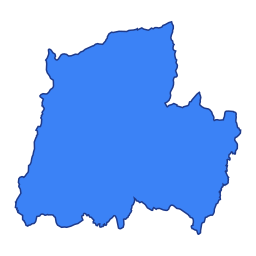 outline of Ankazoabo, Atsimo-Andrefana, Madagascar
{"feature_id": "10022922B67140219559440", "entity_name": "Ankazoabo", "entity_type": "district", "adm_level": 2, "iso_a3": "MDG", "parent_name": "Madagascar", "parent_adm1": "Atsimo-Andrefana", "projection": "equal_earth", "projection_center": [44.688, -22.132], "detail": "fine", "context": "isolated", "style": "filled", "palette": "blue", "viewbox_px": 256, "rotation_deg": 0, "n_neighbors": 0, "source": "geoboundaries", "source_scale": "gbopen_adm2", "svg_char_len": 5818}
<svg xmlns="http://www.w3.org/2000/svg" viewBox="0 0 256 256"><path d="M233.3,111.5L228.7,111.1L226.2,111.2L225.4,111.7L224.9,112.9L224.4,116.6L223.5,118.8L223.4,119.8L219.5,120.2L217.3,119.7L215.7,119.8L214.8,120.4L214.2,120.5L213.7,119.5L213.9,117.5L213.5,116.3L212.4,114.4L211.7,112.1L209.7,109.7L208.2,108.9L204.3,108.1L201.8,106.7L199.8,104.8L199.7,103.8L200.3,101.9L200.2,100.3L200.8,97.5L200.3,95.4L199.6,93.9L199.7,92.9L199.3,92.3L197.0,94.1L192.1,99.8L191.1,101.5L189.6,101.9L188.7,104.8L187.9,105.6L183.6,106.8L182.7,107.6L177.0,105.9L177.0,104.9L173.8,103.5L171.7,104.6L169.1,105.3L167.4,106.8L166.9,106.6L165.0,103.1L167.1,102.0L169.1,100.2L169.7,98.7L170.2,98.0L170.7,95.3L170.3,93.6L170.4,92.0L172.8,87.3L173.5,84.7L173.6,82.4L173.3,80.1L173.7,78.5L174.4,77.2L176.3,76.9L176.8,76.5L177.2,75.7L177.1,74.7L175.6,70.8L177.1,67.7L177.4,65.6L177.3,65.0L176.0,62.6L176.7,59.9L175.6,58.9L174.9,56.1L174.7,53.8L175.7,51.0L174.2,50.5L173.1,49.2L173.0,47.5L173.3,46.4L173.2,45.9L174.1,44.5L173.1,43.6L172.6,41.0L171.4,39.9L170.8,37.8L171.4,35.0L172.6,32.0L172.6,30.4L173.3,28.5L173.3,25.9L172.1,23.7L171.6,21.8L168.8,22.6L165.2,24.6L162.9,25.5L162.0,26.9L160.9,27.4L158.8,28.0L157.0,27.6L155.0,27.6L153.2,28.8L151.4,28.1L149.8,29.4L148.3,30.2L143.7,29.1L141.8,27.9L137.5,29.9L137.3,28.7L136.3,29.3L133.6,30.0L128.9,30.4L126.8,31.5L119.0,31.3L113.2,32.5L111.6,32.2L109.0,33.8L107.4,36.7L107.3,38.2L106.1,39.6L105.5,41.1L102.6,44.3L98.9,44.0L97.8,43.6L95.5,44.2L93.6,45.8L92.8,45.9L85.2,49.3L82.9,51.2L80.6,52.0L78.0,54.4L75.3,54.2L71.2,55.8L68.6,56.0L66.6,54.4L64.2,53.9L62.6,54.1L61.1,54.9L58.2,59.2L57.1,60.0L56.2,59.9L54.8,58.4L54.8,57.7L55.5,56.3L55.0,54.1L52.9,52.7L51.1,50.1L49.7,49.2L49.0,49.2L48.4,49.9L48.8,53.2L48.5,54.8L47.1,58.3L45.7,60.1L46.3,60.8L46.7,63.8L46.4,69.9L47.3,72.8L49.6,76.0L50.6,78.4L53.3,80.2L53.5,86.1L53.0,87.5L51.9,88.6L50.5,89.4L48.8,92.2L47.2,93.7L46.1,94.0L43.0,93.7L41.0,94.6L39.9,95.9L40.1,96.7L43.3,99.1L42.1,102.8L42.3,103.9L42.0,105.6L42.2,106.1L43.0,106.1L43.5,107.7L44.1,108.0L44.2,108.5L44.0,109.5L42.1,112.3L42.1,112.7L42.6,113.5L42.6,114.2L41.4,115.5L41.5,116.7L40.9,117.6L41.0,118.3L41.7,119.2L41.4,123.6L40.4,126.5L38.1,126.5L36.0,130.2L37.1,130.7L37.4,131.2L37.6,134.6L36.9,135.1L36.8,135.6L36.5,135.9L36.6,136.8L36.0,137.5L34.3,142.0L34.5,148.9L33.6,151.8L33.0,155.0L32.3,156.4L31.7,158.6L31.1,162.3L30.0,164.6L28.6,165.6L28.4,170.9L28.0,172.4L26.5,174.1L25.0,176.3L24.2,176.7L24.0,177.3L23.6,177.4L22.8,176.8L22.0,176.6L20.0,177.3L18.8,178.8L18.4,182.5L19.5,184.3L18.9,185.2L19.1,185.9L18.8,186.6L20.3,189.1L20.9,193.2L17.1,199.3L16.4,200.9L16.2,202.1L15.6,202.1L15.7,202.9L16.0,203.1L15.4,207.5L17.1,208.2L16.7,209.3L17.3,210.4L18.1,210.5L18.1,211.0L17.6,211.5L17.9,212.4L22.6,215.4L22.6,219.4L23.6,220.7L24.1,220.7L24.7,222.2L25.2,222.8L26.0,225.3L27.8,226.1L28.2,225.4L30.5,224.9L31.9,223.8L34.1,223.4L35.3,222.1L35.8,221.1L36.8,216.5L39.6,216.0L40.9,214.4L42.1,214.0L43.7,214.4L44.8,215.2L45.6,215.2L47.6,214.5L48.2,214.9L51.6,214.8L53.2,215.2L54.4,216.8L55.3,217.3L56.1,222.0L56.7,223.6L57.6,225.1L61.5,227.3L64.6,227.0L66.7,227.3L70.8,226.2L74.7,224.4L78.0,223.5L82.9,220.0L81.8,217.2L81.8,216.3L82.3,215.7L83.4,215.4L83.5,214.0L84.0,213.4L84.6,213.4L85.6,213.7L87.0,215.7L87.6,215.5L87.9,214.8L88.6,214.8L89.7,217.0L91.3,217.3L92.8,219.1L93.5,219.5L93.9,220.3L93.2,221.7L93.3,222.9L94.3,222.9L95.4,223.5L96.2,225.4L97.4,225.7L98.3,224.1L99.7,223.9L99.6,225.9L100.0,227.0L100.6,227.1L101.3,227.0L101.8,226.5L103.0,226.5L103.8,225.6L103.4,224.8L104.4,224.1L104.6,224.9L106.0,225.3L106.5,224.6L106.9,222.4L107.8,222.2L109.1,220.9L110.1,219.2L112.2,217.7L113.9,215.7L114.5,215.7L115.4,216.1L116.6,218.7L118.5,228.0L119.4,228.6L120.7,228.7L123.2,227.2L123.9,224.4L123.6,219.3L124.3,219.0L125.7,219.2L126.8,217.9L127.9,217.4L128.5,215.7L129.1,215.4L129.8,213.7L131.1,212.0L131.6,210.5L131.2,209.9L131.1,209.3L131.7,208.1L132.1,205.5L133.2,204.6L134.4,201.7L134.7,199.4L134.4,198.2L135.8,199.4L136.7,200.9L138.2,201.2L139.8,202.6L141.6,201.8L142.4,202.2L143.2,203.1L144.0,203.5L145.4,204.7L147.4,207.8L151.7,210.3L152.6,210.3L153.1,208.4L153.8,207.6L156.2,209.3L157.0,208.6L159.6,208.4L163.3,209.9L166.1,210.4L167.2,210.3L168.7,209.1L169.3,207.3L170.6,205.5L171.8,205.1L173.4,205.5L176.8,208.4L179.3,208.8L180.8,209.5L188.4,214.8L188.8,215.7L189.7,216.0L190.1,217.3L192.0,217.9L192.7,218.4L193.3,219.9L193.4,222.3L192.9,224.2L193.0,225.2L191.9,225.6L191.3,226.2L191.5,227.5L192.1,228.6L192.6,228.6L194.8,229.9L196.7,230.4L197.8,233.8L198.3,234.2L198.7,234.2L200.5,232.8L200.6,230.3L201.7,223.8L202.5,222.6L203.8,222.4L204.3,221.8L205.4,217.4L206.9,217.1L207.8,216.3L210.7,215.1L212.3,215.2L212.8,214.8L213.8,213.0L214.2,211.8L214.4,209.0L216.0,204.9L216.0,204.3L217.8,203.0L218.8,200.2L220.4,199.4L220.2,197.7L219.6,197.2L220.2,196.4L220.4,195.3L220.1,194.1L220.3,192.0L219.4,192.3L219.3,191.8L219.8,191.1L220.7,191.0L221.2,190.3L221.4,189.6L221.0,189.1L222.0,187.0L222.5,187.0L222.8,186.6L223.1,185.8L223.1,184.3L224.1,185.2L224.8,184.8L225.0,185.0L225.2,184.5L226.0,184.6L227.7,183.4L228.2,182.5L228.0,181.3L228.3,180.9L228.2,180.0L228.4,179.4L228.0,178.1L228.6,177.4L227.7,176.5L225.4,171.3L225.8,171.0L226.3,171.7L227.1,171.0L226.9,169.2L226.6,168.8L227.3,165.8L226.4,166.0L226.0,165.6L227.1,164.0L227.3,161.5L227.1,159.8L228.0,159.3L228.9,159.5L229.4,160.0L229.9,159.8L230.0,159.3L229.9,158.0L228.8,157.1L229.0,155.0L229.2,154.5L230.4,153.6L231.4,151.9L232.0,152.0L232.9,153.8L234.3,153.3L234.9,154.1L235.3,153.9L235.6,150.9L237.3,148.5L237.4,144.8L237.1,143.6L234.8,140.3L234.7,139.3L235.3,137.5L236.7,137.0L238.9,135.0L240.4,133.1L240.6,130.1L239.6,130.0L238.9,128.2L237.6,127.6L236.6,123.0L236.0,122.1L235.8,120.8L236.2,117.2L236.0,115.2L236.2,114.2L236.0,113.1L234.8,112.1L233.6,111.9L233.3,111.5Z" fill="#3b82f6" stroke="#1e3a8a" stroke-width="1.5"/></svg>